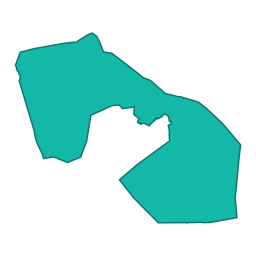 San Andrés Sinaxtla, Oaxaca, Mexico (Equal Earth projection)
{"feature_id": "50627088B95640219067046", "entity_name": "San Andrés Sinaxtla", "entity_type": "district", "adm_level": 2, "iso_a3": "MEX", "parent_name": "Mexico", "parent_adm1": "Oaxaca", "projection": "equal_earth", "projection_center": [-97.298, 17.485], "detail": "fine", "context": "isolated", "style": "filled", "palette": "teal", "viewbox_px": 256, "rotation_deg": 0, "n_neighbors": 0, "source": "geoboundaries", "source_scale": "gbopen_adm2", "svg_char_len": 1497}
<svg xmlns="http://www.w3.org/2000/svg" viewBox="0 0 256 256"><path d="M138.8,74.0L111.7,53.2L103.4,51.9L99.6,41.8L96.9,36.6L92.4,33.1L89.0,34.1L80.0,39.6L76.2,42.3L72.6,42.3L62.4,43.6L34.3,48.6L20.3,52.2L15.4,65.4L15.9,65.9L16.1,66.9L16.3,67.3L16.6,68.3L16.6,69.4L17.8,71.3L18.4,71.6L18.7,72.4L18.9,73.8L19.2,74.2L19.6,74.5L20.1,75.8L20.3,77.3L19.3,80.9L20.3,84.4L28.2,110.8L34.3,131.2L35.0,135.7L36.0,139.7L37.0,142.9L42.1,153.5L43.7,158.5L53.4,156.9L67.5,162.5L80.6,157.1L86.6,141.2L90.9,115.2L112.1,105.6L119.1,105.0L122.6,108.6L131.3,107.5L134.2,106.4L133.9,114.4L135.5,115.9L139.4,118.9L137.6,121.4L137.6,122.1L138.8,123.2L139.8,122.8L140.3,124.2L143.9,123.1L149.0,125.8L150.3,124.8L150.3,124.2L154.6,120.5L156.2,118.4L156.6,118.8L156.9,118.0L158.2,118.7L160.0,117.6L162.2,116.4L162.6,115.2L163.3,114.9L163.7,114.4L164.8,114.0L167.5,115.5L168.1,116.3L169.1,118.7L169.2,120.6L169.9,121.5L170.5,120.9L171.2,121.9L171.3,124.0L168.3,125.4L168.2,125.6L168.3,125.7L168.9,128.1L169.3,131.4L169.3,136.0L169.3,138.1L169.9,140.7L136.9,164.8L119.5,179.8L133.9,198.1L158.3,222.8L184.6,222.6L186.1,222.7L187.5,222.9L188.6,222.5L192.5,222.5L194.4,222.5L197.5,222.3L199.2,222.4L201.7,222.2L204.0,222.7L206.6,222.5L207.1,222.5L209.9,222.5L236.9,217.6L235.2,198.0L237.4,175.9L239.0,158.1L240.6,144.9L222.6,123.6L206.5,108.5L198.7,102.3L198.2,102.1L195.4,101.2L185.8,98.4L184.6,98.1L180.1,96.6L178.7,96.8L165.2,93.5L150.4,80.4L143.3,77.8L138.8,74.0Z" fill="#14b8a6" stroke="#0f766e" stroke-width="1.5"/></svg>